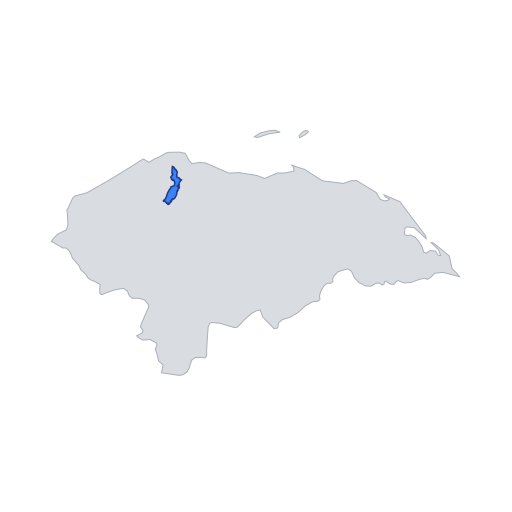 El Negrito, Yoro, Honduras (highlighted), rotated 11°
{"feature_id": "27666195B11241379941292", "entity_name": "El Negrito", "entity_type": "district", "adm_level": 2, "iso_a3": "HND", "parent_name": "Honduras", "parent_adm1": "Yoro", "projection": "robinson", "projection_center": [-87.687, 15.452], "detail": "fine", "context": "in_parent", "style": "filled", "palette": "blue", "viewbox_px": 512, "rotation_deg": 11, "n_neighbors": 0, "source": "geoboundaries", "source_scale": "gbopen_adm2", "svg_char_len": 6377}
<svg xmlns="http://www.w3.org/2000/svg" viewBox="0 0 512 512"><g transform="rotate(11 256 256)"><path d="M459.7,237.5L442.8,236.4L434.8,238.7L431.4,243.9L428.4,246.3L425.9,245.7L420.8,247.8L413.2,252.4L406.3,254.2L400.1,253.0L398.4,254.2L397.9,255.7L397.0,257.2L394.6,258.0L391.8,257.5L388.8,255.9L387.1,256.6L387.0,259.6L385.3,260.4L382.2,259.0L378.6,260.1L374.7,263.7L369.2,264.5L362.1,262.4L356.6,258.5L352.6,252.7L348.0,251.3L339.8,255.6L336.4,260.6L335.6,263.6L336.4,266.4L334.9,268.3L331.1,269.2L328.2,272.6L326.3,278.5L325.9,283.1L327.1,286.3L325.2,288.6L320.2,290.2L314.3,295.2L307.6,303.9L300.8,309.9L294.1,313.4L290.9,317.2L291.1,321.3L290.7,322.7L289.5,323.2L287.3,323.7L274.3,314.6L270.6,308.3L267.4,309.3L263.3,312.5L257.6,319.6L251.4,329.3L248.5,330.4L233.1,328.9L225.0,329.8L223.4,331.1L222.6,334.7L223.1,339.4L225.3,356.5L226.6,363.6L225.3,365.8L221.2,366.1L215.9,367.1L212.9,370.3L212.2,373.6L211.9,378.3L210.3,383.1L206.9,386.5L203.7,387.8L185.4,388.7L185.7,380.8L180.4,377.5L177.4,370.9L174.8,366.5L175.6,363.8L175.4,360.6L167.9,358.2L161.0,360.1L156.9,358.8L154.0,357.1L159.1,353.2L159.4,350.8L157.8,349.1L156.1,348.0L156.6,343.5L157.7,338.3L160.5,326.1L159.4,324.0L154.8,320.3L148.9,319.9L142.4,321.1L139.2,319.2L136.5,315.0L131.9,313.0L123.6,316.3L114.9,321.4L112.3,323.2L110.1,323.0L109.1,319.2L108.6,314.7L108.1,313.6L103.5,312.0L98.0,310.9L95.3,309.6L92.7,306.6L86.2,302.7L84.7,299.8L76.1,293.1L74.3,289.8L72.3,287.3L68.2,284.3L64.9,285.0L54.0,281.2L52.3,280.8L53.8,277.5L57.3,272.3L64.8,266.5L65.5,261.8L63.5,252.8L61.6,247.0L62.6,244.4L65.0,234.0L66.8,231.6L77.7,226.3L78.7,225.5L87.4,218.1L96.9,209.9L106.8,200.9L117.9,190.7L124.0,184.8L126.9,182.3L133.2,184.4L138.3,179.6L141.2,178.0L147.9,172.2L150.0,171.0L161.4,168.6L166.9,168.7L171.7,174.5L175.5,177.7L182.7,174.9L188.7,174.3L213.5,179.8L223.3,177.4L241.4,176.8L249.6,178.2L261.1,170.5L268.5,169.0L277.1,165.4L276.0,161.7L273.9,160.1L287.1,161.7L306.8,169.5L327.8,168.1L335.3,163.9L340.2,162.7L361.7,170.7L367.4,176.8L371.8,177.4L375.2,176.0L376.2,174.7L371.9,173.4L370.0,171.5L386.9,175.2L419.0,204.2L419.6,206.5L406.0,198.0L398.8,198.6L396.9,200.0L397.3,204.7L398.0,206.9L401.1,207.1L403.4,205.9L409.0,207.4L412.8,210.5L417.3,215.3L420.0,220.4L423.0,220.5L425.8,217.4L431.2,217.0L434.8,220.5L437.3,220.3L433.7,214.9L425.5,209.5L427.5,209.3L445.7,219.0L450.9,231.1L455.2,233.8L459.7,237.5ZM245.4,133.5L234.9,139.4L231.6,139.3L236.4,134.7L244.2,130.8L250.7,128.9L256.1,129.8L245.4,133.5ZM281.3,127.3L276.3,131.6L275.4,129.7L277.8,125.6L280.8,123.3L283.7,123.6L283.0,125.3L281.3,127.3Z" fill="#d9dde1" stroke="#a8b0b8" stroke-width="1"/><path d="M156.8,184.1L157.1,186.9L157.6,190.2L157.6,190.4L157.8,190.7L157.9,191.0L158.2,190.9L158.3,191.0L158.5,191.1L158.7,191.3L158.8,191.5L158.7,191.9L158.6,192.4L158.5,192.8L158.3,193.0L158.2,193.0L157.9,193.6L157.9,193.8L157.8,194.0L157.7,194.4L157.5,194.5L157.3,194.8L157.4,195.0L157.5,195.2L157.6,195.3L157.8,195.4L158.2,195.8L158.3,195.8L158.4,196.0L158.2,196.4L158.2,196.5L158.3,196.6L158.6,196.7L158.8,196.8L159.0,196.9L159.1,197.0L159.1,196.9L159.1,197.0L159.3,197.0L159.6,197.1L160.0,197.2L160.1,197.3L160.4,197.4L160.3,197.2L160.4,197.3L160.5,197.3L160.5,197.2L160.7,197.3L160.7,197.5L160.8,197.5L160.8,197.4L161.1,197.4L161.1,197.5L162.4,199.6L162.5,200.0L162.4,200.3L162.4,200.5L162.4,200.8L162.4,201.1L162.4,202.4L162.4,202.5L159.4,204.3L159.3,204.8L159.3,205.0L159.2,205.4L159.2,205.7L159.1,205.9L158.9,206.3L158.7,206.8L158.5,207.2L158.4,207.4L158.2,207.7L157.1,211.3L157.1,211.9L156.9,213.6L156.3,216.8L155.4,218.3L154.6,219.1L154.6,219.3L154.7,219.5L154.8,219.9L155.0,220.0L155.5,219.8L155.8,219.8L156.0,219.7L156.2,219.8L156.5,219.8L156.9,220.1L157.0,220.1L157.1,220.3L157.3,220.4L157.4,220.5L157.7,220.5L157.8,220.7L157.8,220.9L158.0,221.0L158.4,221.2L158.4,221.3L159.8,221.3L159.8,221.5L159.6,221.7L159.6,221.8L159.6,222.0L159.8,222.0L159.9,221.9L159.9,222.0L160.0,222.0L160.0,221.9L160.1,222.0L160.4,221.8L160.4,221.5L160.5,221.4L160.4,221.3L160.4,221.2L160.6,221.3L160.6,221.2L160.9,221.1L161.0,221.2L160.9,220.9L161.1,220.9L161.1,220.5L161.2,220.4L161.3,220.5L161.4,220.2L161.5,220.0L161.5,219.9L161.8,219.6L162.0,219.3L162.0,219.2L161.8,219.0L161.8,218.9L162.0,219.0L162.2,218.9L162.0,218.7L162.3,218.6L162.5,218.4L162.4,218.3L162.3,218.2L162.3,217.9L162.2,217.8L162.2,217.7L162.3,217.6L162.5,217.4L162.5,217.2L162.8,217.0L162.9,216.8L162.8,216.6L163.0,216.6L162.9,216.4L163.0,216.1L163.2,215.8L163.3,215.8L163.5,215.9L163.7,216.0L163.8,216.0L164.0,215.8L164.2,215.7L164.5,215.6L165.4,214.3L166.1,211.9L166.2,211.4L166.3,211.0L166.4,210.5L166.4,210.2L166.3,209.8L166.1,209.4L166.0,209.0L166.1,208.8L166.2,208.5L166.2,208.3L166.2,208.1L166.1,207.9L166.2,207.7L166.3,207.5L166.5,207.5L166.5,207.4L166.4,207.2L166.5,207.0L166.4,206.9L166.6,206.8L166.6,206.7L166.6,206.4L166.7,206.2L166.8,206.2L166.7,205.9L166.6,205.7L166.7,205.2L166.8,205.1L167.0,204.9L167.0,204.6L167.2,204.3L167.3,204.3L167.5,204.3L167.6,204.2L167.6,203.8L167.6,203.6L167.4,203.7L167.2,203.6L167.2,203.4L167.2,203.2L167.1,203.3L167.0,203.2L166.9,203.1L166.8,202.9L166.7,203.0L166.4,202.9L165.8,202.8L165.7,202.8L165.7,202.7L165.7,202.4L165.5,202.5L165.4,202.4L165.5,202.3L165.7,202.2L165.7,201.9L165.7,201.6L165.8,201.6L166.0,201.5L166.2,201.4L166.4,201.5L166.6,201.3L166.8,201.3L166.8,201.2L166.9,200.9L167.1,200.7L166.9,200.4L166.7,200.0L166.7,199.6L166.6,199.3L166.6,199.1L166.6,198.9L168.2,195.5L167.9,195.5L167.8,195.4L167.7,195.4L167.4,195.4L167.1,195.3L166.9,195.3L166.7,195.3L166.6,195.2L166.5,194.8L166.5,194.7L166.4,194.6L166.2,194.5L166.0,194.4L165.9,194.3L165.8,194.2L165.7,194.2L165.4,194.0L165.3,193.9L165.0,194.0L164.9,193.9L164.7,193.9L164.3,193.8L164.0,193.8L163.9,193.8L163.7,193.6L163.4,193.5L163.2,193.5L163.2,193.3L163.1,193.2L162.9,192.8L162.9,192.7L162.8,192.2L163.0,191.8L162.9,191.5L162.8,191.3L162.7,191.1L162.7,190.9L162.7,188.5L162.4,188.3L162.3,188.2L162.2,188.1L162.0,187.9L161.9,187.8L161.9,187.7L161.4,187.0L161.2,187.0L161.1,186.9L161.1,186.7L160.9,186.6L160.6,186.7L160.4,186.7L160.2,186.5L160.1,186.3L159.9,186.3L159.8,186.2L159.7,185.9L159.4,185.9L159.4,185.7L159.2,185.7L159.0,185.4L158.9,185.3L158.8,185.2L158.8,184.9L158.7,184.8L158.6,184.7L158.4,184.6L158.2,184.5L158.2,184.4L157.8,184.2L157.7,184.2L157.5,184.3L157.4,184.2L157.2,184.2L156.9,184.1L156.8,184.1Z" fill="#3b82f6" stroke="#1e3a8a" stroke-width="1.5"/></g></svg>